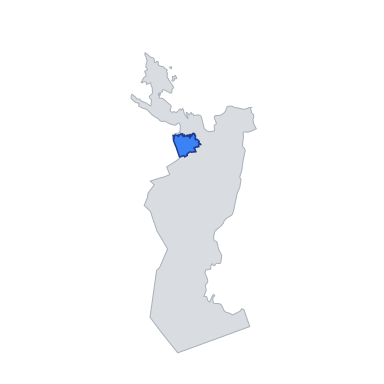 location of Farish, Jizzakh, Uzbekistan, rotated 247°
{"feature_id": "79887680B52998751839701", "entity_name": "Farish", "entity_type": "district", "adm_level": 2, "iso_a3": "UZB", "parent_name": "Uzbekistan", "parent_adm1": "Jizzakh", "projection": "robinson", "projection_center": [67.349, 40.658], "detail": "medium", "context": "in_parent", "style": "filled", "palette": "blue", "viewbox_px": 384, "rotation_deg": 247, "n_neighbors": 0, "source": "geoboundaries", "source_scale": "gbopen_adm2", "svg_char_len": 5547}
<svg xmlns="http://www.w3.org/2000/svg" viewBox="0 0 384 384"><g transform="rotate(247 192 192)"><path d="M296.6,174.9L302.0,172.5L305.0,174.1L305.3,175.0L302.0,176.8L299.0,177.8L298.1,180.0L295.2,181.0L292.3,184.2L287.6,187.4L287.6,188.0L288.0,188.5L289.5,188.9L292.6,190.7L295.6,189.7L296.3,189.9L297.1,190.9L298.0,193.8L299.3,194.6L303.6,196.1L306.8,196.1L308.5,196.7L308.7,196.4L308.8,192.1L310.2,192.9L311.7,192.3L312.2,190.2L311.9,188.8L312.9,188.0L313.5,188.5L313.6,189.8L315.1,190.7L316.3,192.8L316.7,195.2L319.7,195.8L320.8,195.4L321.6,195.6L322.0,198.7L322.5,199.0L325.1,198.4L327.5,199.7L330.2,202.0L333.1,202.1L333.7,202.6L335.8,202.2L338.3,202.8L338.4,203.2L338.0,203.7L332.3,206.6L330.7,208.5L329.4,209.2L325.9,208.1L325.4,209.3L326.1,210.5L325.3,211.7L323.5,211.3L323.1,210.6L321.4,211.0L319.4,213.0L318.4,214.7L316.5,215.2L314.0,216.9L312.9,215.6L311.0,215.8L308.5,214.4L307.3,214.1L296.1,215.9L295.2,215.7L294.0,213.4L291.2,212.1L291.3,211.0L297.0,206.2L297.6,204.7L295.7,203.9L296.0,202.6L292.2,198.8L291.6,198.5L291.1,198.7L289.7,201.5L279.9,206.4L278.4,206.0L276.2,204.1L274.7,203.5L273.0,205.0L273.1,206.9L271.2,208.3L273.0,213.3L272.8,213.9L271.5,214.1L272.5,216.0L271.7,216.2L266.9,215.5L261.4,216.6L261.6,217.4L266.5,217.3L267.2,217.6L267.3,218.2L267.0,218.6L264.4,219.1L264.2,219.8L265.6,222.1L264.9,222.6L264.0,222.1L263.3,223.6L261.6,223.5L260.7,227.8L259.4,229.3L257.5,230.0L245.8,228.1L242.8,229.4L240.8,231.4L239.5,236.1L239.6,236.6L244.6,238.4L245.4,241.3L251.4,241.5L252.5,241.9L253.0,242.7L253.2,243.4L251.5,248.1L252.2,252.2L253.2,254.1L256.8,257.7L256.6,259.7L255.8,261.5L254.8,263.0L253.7,263.7L252.3,265.6L250.9,268.0L248.4,271.2L247.5,273.0L247.3,278.0L246.6,279.6L246.5,279.0L245.5,278.4L242.9,278.2L242.4,277.6L238.9,278.8L236.8,278.2L234.6,276.2L230.4,275.4L225.1,275.9L224.9,270.6L225.2,266.7L227.0,263.6L226.9,263.0L226.0,261.9L222.8,261.1L219.1,258.7L215.6,257.0L213.6,256.5L211.4,257.4L209.4,257.2L200.2,250.8L192.4,246.3L187.0,241.6L184.5,242.1L177.6,237.8L173.3,233.2L158.7,223.1L155.9,220.6L155.2,219.4L154.2,213.2L152.9,210.4L151.1,208.8L149.6,205.9L147.3,198.6L146.5,197.3L142.2,194.3L139.7,193.5L137.8,194.0L136.8,195.2L135.3,195.3L128.9,194.1L121.9,194.6L115.8,190.9L115.4,190.4L115.5,189.3L116.7,186.9L116.5,185.8L115.7,184.7L115.8,183.4L116.4,182.7L117.5,183.0L117.9,182.5L117.8,181.9L116.4,180.3L113.6,179.0L114.2,178.0L114.4,175.7L114.9,174.4L114.6,174.0L112.5,172.3L105.6,172.2L103.9,171.7L102.6,171.0L101.4,168.4L100.8,167.8L96.0,166.7L91.3,162.2L90.3,164.2L89.4,164.6L85.7,164.1L83.8,165.3L88.1,169.9L89.1,171.3L89.0,172.2L87.7,172.3L86.6,170.1L85.9,169.5L81.6,168.2L80.1,169.7L79.7,171.4L77.7,174.5L75.5,175.0L70.3,175.2L68.8,175.8L67.7,176.7L65.6,179.3L63.0,181.4L63.5,189.9L65.1,192.0L63.3,193.8L45.6,192.6L49.5,116.0L75.0,108.9L93.1,104.4L133.2,128.5L134.1,129.4L134.6,131.5L135.6,133.2L149.2,147.3L169.8,144.5L190.5,146.1L198.3,142.7L204.4,148.9L208.2,151.1L213.3,160.1L218.4,157.8L217.4,168.6L216.8,171.9L216.7,178.3L225.0,178.5L226.7,189.0L228.5,195.5L230.3,196.3L246.0,195.4L247.2,195.9L249.5,195.2L250.9,197.3L252.5,198.7L251.4,203.2L253.3,205.1L257.7,207.2L260.4,207.1L260.9,206.4L260.7,205.3L260.1,204.2L260.1,202.8L260.5,201.9L263.1,198.4L267.4,195.0L268.3,193.8L268.7,191.6L270.2,190.4L273.8,189.0L274.4,188.0L278.8,185.3L283.8,183.5L286.1,182.2L288.3,179.5L291.5,176.8L292.7,176.7L293.6,177.6L294.4,177.7L296.6,174.9ZM295.9,200.6L295.3,199.2L294.5,198.8L294.1,199.0L295.4,200.6L295.9,200.6ZM305.7,222.4L302.4,222.3L302.9,220.3L301.7,219.3L301.4,218.3L301.7,217.3L302.5,217.0L303.5,218.5L306.0,219.1L305.2,220.5L305.9,222.1L305.7,222.4ZM315.7,220.2L315.1,222.1L313.6,221.3L313.8,220.8L315.7,220.2Z" fill="#d9dde1" stroke="#a8b0b8" stroke-width="1"/><path d="M227.8,210.2L227.9,210.4L227.5,211.2L227.6,211.4L228.1,211.3L228.7,210.9L229.2,211.4L230.5,211.4L230.9,211.2L231.6,211.1L231.5,211.6L232.0,212.4L231.9,212.6L231.6,212.8L231.7,213.2L231.7,214.3L231.3,214.5L231.4,214.8L231.4,215.1L231.6,215.4L231.1,215.9L231.5,216.3L232.0,216.1L232.4,216.1L232.6,216.5L233.2,217.0L233.1,217.9L232.9,218.2L232.3,218.4L232.3,218.6L233.0,218.5L234.0,217.5L234.7,217.8L234.9,217.7L235.1,217.4L235.6,218.3L236.9,218.1L237.9,217.4L238.6,217.2L238.8,216.6L238.7,216.5L238.6,216.2L238.9,216.2L239.1,215.7L239.9,215.8L240.2,216.1L240.6,216.0L240.9,216.1L241.1,216.5L241.4,216.6L241.6,216.9L242.2,217.2L242.7,216.9L243.2,216.9L243.3,216.6L243.6,216.6L243.7,216.8L244.0,217.2L244.5,217.1L244.7,216.4L245.4,216.4L245.6,215.4L244.7,214.7L244.7,214.1L243.7,213.8L243.7,213.2L244.3,213.1L244.5,213.5L245.0,213.7L245.4,213.2L244.9,212.9L242.6,211.3L242.9,211.0L243.3,211.4L243.7,211.4L244.2,211.9L244.5,211.9L244.5,211.4L244.9,211.5L244.9,211.1L245.3,211.8L245.6,212.0L245.7,210.7L245.3,210.5L245.3,210.2L245.2,209.9L246.1,210.0L246.2,208.9L245.9,208.8L246.0,207.0L247.2,207.2L246.5,205.9L246.5,205.7L247.0,205.7L247.5,205.9L247.8,205.7L247.6,205.5L248.0,205.3L248.8,206.3L249.0,206.2L248.8,205.8L249.3,205.5L249.3,205.0L249.8,204.7L249.4,204.5L249.7,202.2L248.8,201.9L248.5,201.4L248.5,201.0L249.9,200.7L250.2,200.3L250.4,199.4L251.0,199.0L251.0,198.8L250.6,198.1L250.7,197.3L251.2,197.1L251.5,196.7L250.8,196.4L250.4,196.7L250.1,197.0L249.6,197.1L249.3,196.7L248.8,196.8L248.4,195.8L247.9,195.9L247.2,195.2L246.8,195.1L240.4,194.9L239.4,195.1L238.8,194.9L229.1,194.2L228.7,198.7L227.2,198.9L227.5,202.0L227.9,202.1L228.1,201.8L228.7,201.9L229.1,202.9L229.6,204.9L229.6,206.4L228.8,207.0L228.6,207.4L228.4,209.1L228.0,209.6L227.8,210.2Z" fill="#3b82f6" stroke="#1e3a8a" stroke-width="1.5"/></g></svg>